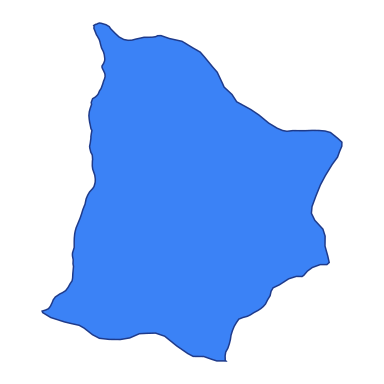 outline of Minjay, Lhuntshi, Bhutan
{"feature_id": "84629894B76587395508507", "entity_name": "Minjay", "entity_type": "district", "adm_level": 2, "iso_a3": "BTN", "parent_name": "Bhutan", "parent_adm1": "Lhuntshi", "projection": "robinson", "projection_center": [91.245, 27.585], "detail": "fine", "context": "isolated", "style": "filled", "palette": "blue", "viewbox_px": 384, "rotation_deg": 0, "n_neighbors": 0, "source": "geoboundaries", "source_scale": "gbopen_adm2", "svg_char_len": 2699}
<svg xmlns="http://www.w3.org/2000/svg" viewBox="0 0 384 384"><path d="M93.7,25.5L94.1,26.1L93.9,28.3L94.8,30.6L96.5,34.9L97.2,35.9L99.2,39.5L99.9,41.6L100.5,44.2L101.5,47.9L103.4,51.7L104.2,54.4L104.4,55.7L104.8,58.9L104.6,60.9L103.6,63.4L102.0,66.0L102.0,67.2L102.5,68.7L103.5,70.6L104.6,73.0L105.0,74.5L105.1,76.6L104.4,79.2L103.6,81.0L102.8,83.8L101.1,88.5L99.5,90.9L98.2,94.0L97.3,95.2L95.4,97.0L94.1,97.8L92.6,98.7L91.2,102.5L91.6,104.3L90.2,108.4L89.3,111.7L88.9,115.6L89.2,119.1L89.7,122.6L89.9,123.3L91.0,128.8L91.9,130.3L91.5,132.7L91.3,133.7L90.9,136.5L90.9,138.2L90.2,143.4L89.6,146.3L89.8,148.1L90.8,152.2L92.2,154.8L92.4,156.4L92.6,159.7L92.4,160.9L92.3,164.9L92.3,166.0L92.7,169.1L93.8,172.3L94.1,173.2L94.8,175.3L95.3,179.1L95.2,182.1L94.8,183.8L94.0,186.6L92.7,188.5L89.6,191.9L87.8,195.0L86.7,197.5L86.1,199.0L85.0,204.4L84.4,205.7L82.8,209.8L81.6,213.8L80.1,218.2L77.3,225.0L76.2,227.6L75.3,230.8L74.7,233.8L74.3,238.1L74.2,241.2L74.2,243.3L74.2,247.5L72.5,253.0L72.4,254.9L72.5,256.2L73.2,259.8L73.0,263.8L73.5,266.4L72.8,274.0L72.6,278.1L72.1,280.8L70.2,283.6L68.1,287.4L65.7,290.6L62.6,292.6L59.9,293.9L57.4,295.6L55.3,297.0L54.3,298.4L53.3,299.7L52.3,302.3L51.2,304.6L50.5,306.1L49.4,307.6L48.3,308.8L45.7,310.0L42.1,311.1L42.7,312.6L50.7,317.5L64.4,321.9L71.5,323.6L79.2,325.3L84.1,328.1L92.5,334.7L99.4,338.3L109.3,339.4L120.4,339.5L129.8,337.9L139.4,333.7L147.2,333.3L155.6,333.1L164.7,336.2L176.7,345.9L187.7,353.5L193.2,356.4L203.8,356.5L211.7,359.3L216.7,360.9L223.2,360.9L225.9,361.0L225.2,360.2L225.2,358.4L225.1,355.9L225.7,352.1L227.9,348.1L229.3,343.9L230.4,339.5L231.0,335.3L232.4,330.7L234.2,326.3L236.4,322.6L238.8,319.1L242.9,317.5L247.4,316.3L250.3,314.9L253.9,312.6L257.9,310.5L260.8,308.6L263.3,306.5L265.5,304.0L267.6,299.8L270.1,295.7L271.1,291.2L273.1,287.8L279.4,284.8L288.7,278.8L296.3,276.4L302.1,276.5L303.8,275.3L307.4,271.1L312.3,267.5L320.2,264.6L326.9,264.6L329.2,262.5L327.8,256.2L325.0,246.1L325.1,236.1L322.9,229.1L314.8,220.3L311.4,213.3L312.0,206.6L315.9,196.0L320.4,184.9L325.4,175.5L332.2,164.4L337.5,157.2L339.6,151.4L341.8,146.2L341.9,142.2L337.7,138.3L330.5,132.5L325.0,131.0L319.1,130.5L312.6,130.4L305.2,130.7L300.1,130.7L292.8,130.6L286.9,131.3L282.6,130.5L277.1,128.2L268.7,123.1L258.9,115.0L250.9,109.6L236.7,101.8L232.0,94.5L224.1,87.1L222.6,83.7L217.2,72.2L212.5,66.8L204.9,57.5L200.2,52.1L192.9,47.9L182.0,41.3L169.3,38.5L161.0,35.6L157.7,35.7L155.6,36.7L152.2,37.2L147.5,37.3L143.9,37.3L140.4,38.1L135.8,39.1L131.7,40.2L128.0,40.3L123.8,39.5L119.1,37.0L115.0,33.2L110.6,28.7L109.2,26.6L106.0,24.7L101.3,23.3L99.5,23.0L97.9,23.5L96.4,24.3L95.7,24.3L94.7,24.9L93.7,25.5Z" fill="#3b82f6" stroke="#1e3a8a" stroke-width="1.5"/></svg>